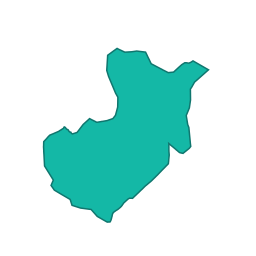 outline of Tosoncengel, Dzavhan, Mongolia, rotated 218°
{"feature_id": "93677404B60721538910841", "entity_name": "Tosoncengel", "entity_type": "district", "adm_level": 2, "iso_a3": "MNG", "parent_name": "Mongolia", "parent_adm1": "Dzavhan", "projection": "equal_earth", "projection_center": [98.252, 48.497], "detail": "fine", "context": "isolated", "style": "filled", "palette": "teal", "viewbox_px": 256, "rotation_deg": 218, "n_neighbors": 0, "source": "geoboundaries", "source_scale": "gbopen_adm2", "svg_char_len": 4462}
<svg xmlns="http://www.w3.org/2000/svg" viewBox="0 0 256 256"><g transform="rotate(218 128 128)"><path d="M188.8,172.8L180.2,160.3L175.1,156.7L159.2,147.8L154.9,146.0L151.5,141.5L151.3,141.2L149.0,138.1L146.4,132.0L146.2,131.5L146.1,131.3L145.9,130.7L145.7,130.4L145.7,129.0L145.7,128.1L145.7,127.9L145.7,127.6L145.7,127.4L145.7,126.4L145.7,126.2L145.8,126.0L145.9,125.8L146.1,125.5L146.3,125.2L146.5,124.9L146.6,124.7L146.8,124.4L147.6,123.2L148.4,122.0L148.4,121.9L149.0,121.0L151.0,118.8L151.1,118.7L151.3,118.5L151.4,118.3L153.0,116.7L153.2,116.4L153.3,116.3L155.5,113.9L155.7,113.7L156.1,113.3L156.3,113.2L156.7,113.2L157.3,113.0L157.6,113.0L158.8,112.8L158.9,112.7L159.5,112.6L159.8,112.6L160.0,112.5L163.1,111.9L163.3,111.9L164.1,111.7L164.1,111.4L165.5,103.2L165.4,95.2L165.4,93.3L165.4,93.2L165.8,92.5L166.2,92.0L166.2,91.9L166.7,91.2L166.8,91.1L167.0,90.8L167.4,90.2L167.5,90.1L167.8,89.6L168.0,89.3L168.1,89.2L168.3,89.1L168.6,89.0L168.8,89.0L169.0,89.0L169.4,89.0L169.5,89.1L169.9,89.2L170.1,89.3L170.3,89.4L170.4,89.5L170.5,89.5L170.8,89.4L170.9,89.2L171.0,89.1L171.3,89.0L171.5,89.0L171.8,89.0L172.0,89.0L172.3,89.0L172.6,89.1L172.8,89.3L173.0,89.3L173.4,89.4L173.7,89.6L174.1,89.7L174.3,89.7L174.5,89.7L174.8,89.6L175.2,89.3L175.5,89.3L175.9,89.4L176.2,89.4L176.4,89.4L176.6,89.5L177.1,89.7L177.6,89.8L177.9,89.8L178.1,89.8L178.4,89.8L178.6,89.7L178.9,89.6L178.9,89.4L178.9,89.0L178.8,88.8L178.8,88.7L178.7,88.1L178.7,87.9L178.9,87.4L179.0,87.2L179.2,86.7L179.3,86.4L179.4,86.1L179.4,85.9L179.5,85.6L179.7,85.1L179.8,85.0L179.8,84.8L179.9,84.7L180.0,84.4L180.1,84.1L180.3,83.5L180.3,83.3L180.7,82.4L180.8,82.2L182.8,78.6L182.9,78.4L183.0,78.2L183.1,77.9L183.4,77.5L183.8,76.7L184.2,76.1L184.8,75.0L184.8,74.9L185.1,74.5L185.3,74.0L185.3,73.8L185.5,72.2L185.6,70.6L185.6,69.9L185.6,69.7L185.7,68.6L185.8,67.6L185.8,67.4L185.9,66.8L185.9,66.7L185.9,66.4L186.0,65.4L185.9,65.3L185.7,65.0L185.4,64.5L184.4,63.2L184.2,62.9L183.3,61.7L183.2,61.5L183.0,61.2L180.7,58.6L180.5,58.4L180.2,58.0L180.1,57.8L179.4,57.1L179.3,56.9L178.3,55.8L178.2,55.7L170.4,46.7L154.8,41.0L153.3,35.5L153.3,35.4L147.8,33.7L139.9,34.7L129.6,36.1L124.5,32.6L116.1,35.7L106.9,41.1L97.8,39.4L86.7,41.0L86.3,41.2L86.3,41.3L85.9,41.5L85.7,41.7L85.3,42.1L85.2,42.2L85.0,42.3L84.7,42.6L84.4,42.8L84.3,43.0L84.3,43.3L84.4,43.5L84.5,44.1L84.6,44.6L84.9,45.5L85.4,46.7L85.5,46.7L86.1,48.4L86.4,48.9L86.6,49.3L86.8,49.7L87.2,50.7L87.3,50.9L87.4,51.0L87.5,51.3L87.5,51.5L87.4,51.6L87.4,51.9L87.4,52.1L87.4,52.5L87.5,52.6L87.4,52.9L86.6,55.7L86.2,56.6L86.1,57.0L85.9,57.6L85.8,57.8L85.7,58.4L85.6,58.6L85.6,58.8L85.1,61.0L85.1,61.6L85.0,62.2L85.0,63.2L85.0,63.7L85.1,64.1L85.1,64.5L85.1,65.4L85.1,65.5L85.2,66.2L85.2,66.5L85.1,66.8L84.6,69.8L84.2,72.1L83.7,73.4L83.7,73.5L82.6,74.3L81.9,74.9L81.7,75.0L81.1,75.4L81.1,75.6L80.7,78.5L80.3,80.9L80.3,81.0L80.3,81.3L80.0,83.1L79.9,83.8L79.8,84.4L79.8,84.9L79.7,85.6L79.6,85.8L79.6,86.3L79.2,88.6L78.8,92.0L78.5,93.8L78.4,94.0L77.5,98.3L77.2,99.5L76.9,101.3L76.4,105.2L76.3,105.6L76.2,106.8L75.9,108.9L75.9,109.3L75.8,109.5L75.7,111.1L75.6,111.5L75.6,112.0L75.4,113.6L75.4,113.8L75.3,114.5L75.3,114.8L75.3,115.0L75.1,116.4L75.1,116.6L75.0,117.4L75.0,117.5L74.7,119.9L74.7,120.4L74.6,120.7L74.6,120.9L74.6,121.1L74.6,121.3L74.5,121.9L74.5,122.0L74.3,123.5L74.2,124.7L74.3,124.8L75.8,127.3L76.0,127.5L78.9,132.1L81.3,134.7L81.5,134.9L81.7,135.2L82.4,136.0L82.5,136.2L82.9,136.6L83.0,136.8L84.0,138.1L84.6,138.8L85.2,139.5L85.3,139.7L85.4,139.8L85.5,140.0L86.0,140.6L86.3,140.9L86.1,140.9L84.8,140.9L84.4,140.8L80.2,140.7L78.2,140.6L77.8,140.6L77.4,140.6L77.2,140.6L76.8,140.5L76.5,140.5L74.7,140.5L73.9,140.4L73.7,140.4L73.4,140.4L73.2,140.4L72.4,140.4L72.2,140.4L71.0,140.9L70.4,141.2L70.3,141.3L70.2,141.3L69.0,141.9L69.0,142.1L68.9,142.6L68.8,142.8L68.8,143.1L68.7,143.3L68.6,143.5L68.3,145.2L68.2,145.3L67.8,147.1L67.2,149.7L67.2,150.4L67.2,152.1L67.6,152.5L68.3,153.2L69.2,154.1L80.4,165.9L83.0,167.4L89.8,173.7L92.0,181.6L96.0,188.6L102.8,197.1L102.9,199.1L103.8,205.1L100.4,223.4L118.1,220.9L118.8,218.8L119.9,216.6L122.2,215.3L123.4,214.4L124.6,211.1L125.3,207.4L126.5,200.1L130.4,196.4L134.5,195.6L135.5,195.4L135.9,195.3L136.6,195.2L145.4,193.6L149.3,192.9L155.2,195.8L155.3,195.8L157.8,197.1L160.9,198.6L168.0,194.3L168.2,194.2L168.4,194.1L171.1,191.3L172.3,190.1L174.1,188.5L177.2,185.8L181.2,184.9L181.3,184.9L183.3,184.4L185.6,184.0L187.1,178.8L188.8,172.8L188.8,172.8Z" fill="#14b8a6" stroke="#0f766e" stroke-width="1.5"/></g></svg>